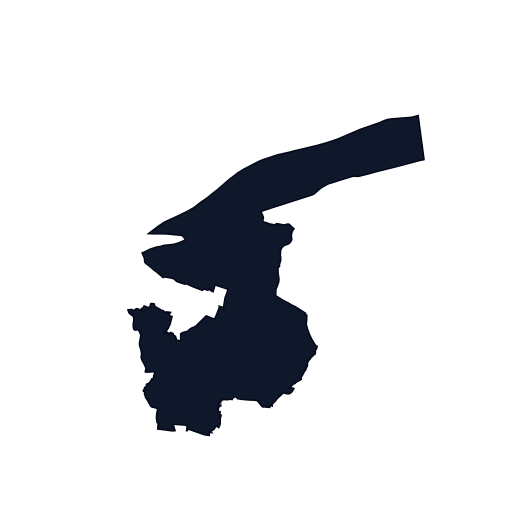 Chau Thanh, Trà Vinh, Vietnam, rotated 297°
{"feature_id": "81297802B55022771369511", "entity_name": "Chau Thanh", "entity_type": "district", "adm_level": 2, "iso_a3": "VNM", "parent_name": "Vietnam", "parent_adm1": "Trà Vinh", "projection": "mercator", "projection_center": [106.348, 9.881], "detail": "fine", "context": "isolated", "style": "filled", "palette": "ink", "viewbox_px": 512, "rotation_deg": 297, "n_neighbors": 0, "source": "geoboundaries", "source_scale": "gbopen_adm2", "svg_char_len": 6032}
<svg xmlns="http://www.w3.org/2000/svg" viewBox="0 0 512 512"><g transform="rotate(297 256 256)"><path d="M57.2,247.0L59.5,253.2L62.1,260.8L63.6,263.2L68.5,258.6L72.6,268.4L72.8,268.4L73.4,269.9L73.4,270.2L73.1,270.2L73.4,271.9L68.8,273.4L69.2,274.1L70.1,273.9L70.4,274.2L71.0,274.1L71.8,279.4L71.6,279.7L72.1,281.9L72.1,283.1L72.4,284.4L73.3,291.2L74.9,295.9L77.6,294.5L78.5,296.6L78.7,295.9L80.0,294.9L80.4,296.2L81.3,296.6L82.6,296.6L82.7,297.4L86.4,297.4L86.2,300.7L88.6,300.6L90.2,300.3L95.9,297.6L97.8,297.5L98.4,297.1L98.2,295.9L101.0,294.7L99.9,293.1L104.0,291.4L104.8,291.3L105.0,291.7L105.5,291.7L105.7,292.2L106.0,292.3L106.4,292.7L107.2,292.4L106.3,290.2L108.0,289.2L108.9,291.2L110.8,290.1L111.4,291.2L112.7,290.7L113.0,291.1L112.8,291.4L112.9,291.9L113.5,292.7L115.2,296.3L116.1,297.1L117.4,300.0L118.4,299.5L119.4,300.4L120.0,299.7L120.4,299.9L121.5,303.1L121.6,303.3L120.4,304.1L121.9,308.7L124.7,315.6L126.7,319.9L127.7,322.9L125.2,328.3L124.6,330.0L124.6,330.8L125.5,332.0L125.7,333.4L126.3,333.8L126.5,335.2L126.9,335.3L127.3,337.0L129.4,336.5L129.6,338.6L130.8,338.0L131.8,337.9L136.0,339.2L138.7,339.7L146.4,342.5L146.6,342.8L147.0,345.1L147.5,346.8L148.1,347.9L149.2,348.9L151.3,349.7L155.1,350.0L155.0,348.9L154.5,346.5L154.0,345.9L159.7,347.7L159.8,348.5L161.5,349.0L163.7,350.4L166.0,352.0L166.8,352.4L167.1,352.1L167.0,351.4L177.4,351.7L177.3,351.9L181.6,351.6L182.3,351.4L183.6,350.5L186.0,350.4L185.7,349.4L186.3,349.2L186.7,349.7L187.9,350.9L188.9,351.1L190.8,351.1L192.1,351.9L194.2,352.4L195.5,353.2L197.5,352.6L197.5,352.1L200.3,351.7L200.6,352.1L200.8,352.1L203.4,351.5L203.1,350.5L203.2,349.9L206.5,344.6L207.1,343.5L210.3,339.4L214.2,335.2L217.9,331.8L222.8,329.9L224.4,329.0L226.3,328.3L226.4,328.1L225.8,326.1L227.5,326.2L228.7,314.1L228.6,312.3L228.6,309.3L228.8,307.5L228.9,300.0L229.5,292.7L229.5,291.6L231.6,290.7L233.9,289.5L235.9,288.8L238.7,288.7L243.3,288.0L246.0,286.9L251.2,283.2L254.9,281.3L256.5,280.9L256.9,281.6L257.5,281.7L259.4,280.6L261.2,280.5L263.2,280.0L263.9,279.8L266.8,278.1L267.3,277.6L268.1,277.1L269.8,276.5L270.1,276.2L271.1,275.8L272.7,275.3L275.2,275.3L276.5,275.8L276.8,275.7L277.3,275.9L279.1,277.2L280.5,278.6L282.3,280.0L282.6,280.2L283.5,280.1L284.4,280.4L285.5,280.6L286.6,280.5L287.8,279.9L288.4,279.4L290.1,278.3L291.9,277.6L294.3,277.2L295.7,277.3L297.5,277.5L297.8,276.8L298.1,275.2L299.3,271.3L299.3,270.6L298.5,269.1L297.2,267.9L296.3,266.6L294.5,260.2L294.0,259.5L292.0,258.2L291.8,257.8L291.7,256.5L290.7,253.3L290.5,250.3L289.9,248.0L289.9,247.2L290.1,246.5L290.6,246.0L291.1,245.8L292.3,245.7L293.7,245.1L294.5,244.4L297.9,240.2L305.7,247.8L335.7,278.1L337.5,279.5L339.5,280.4L343.5,281.9L346.4,283.2L351.9,286.8L353.8,288.3L355.7,290.5L357.6,292.3L358.3,293.2L360.3,295.0L370.6,305.7L371.5,306.9L372.9,310.1L373.9,311.7L381.5,320.4L384.4,323.4L399.1,340.3L416.1,359.3L417.3,361.0L418.2,362.0L454.8,336.7L450.8,332.3L449.5,330.5L439.3,313.8L436.9,310.7L434.9,308.8L430.9,305.5L427.4,302.2L416.2,291.4L396.9,275.3L387.9,266.4L380.7,258.4L366.8,242.0L363.4,238.3L356.1,229.4L345.1,218.5L341.3,215.3L327.9,205.7L321.8,202.0L316.6,199.6L313.4,197.9L296.8,191.2L294.1,189.8L287.4,186.9L284.7,185.6L278.5,182.2L270.8,178.6L264.2,174.2L254.0,166.4L244.8,159.1L238.0,155.3L227.1,150.0L228.7,153.6L234.8,165.7L240.5,180.2L240.5,181.3L239.8,183.2L239.0,184.8L238.3,185.7L235.8,183.8L232.3,180.8L229.4,177.7L227.6,175.2L224.9,171.0L224.1,169.6L221.0,166.3L218.8,163.2L217.2,161.7L214.5,158.9L209.4,155.1L207.0,153.1L203.2,157.7L200.3,159.4L199.8,160.0L199.4,161.1L198.3,166.8L197.0,171.9L196.6,174.7L194.6,183.1L195.5,183.2L195.8,184.3L196.0,184.3L196.2,184.5L196.1,184.8L197.7,189.9L198.2,192.2L198.3,193.1L197.9,194.7L198.4,194.7L198.5,195.9L197.9,196.0L197.3,196.4L197.6,199.6L198.6,205.6L199.5,205.4L199.6,206.0L200.0,214.6L201.0,223.6L201.1,224.0L202.7,223.9L203.6,228.6L204.7,228.5L204.8,232.1L204.5,232.2L204.7,233.1L204.6,234.0L211.6,232.7L211.8,232.8L211.9,234.9L213.4,244.4L213.6,246.1L208.2,247.1L205.0,247.3L195.2,250.4L194.6,246.0L194.1,246.5L192.1,246.8L186.3,247.4L180.9,247.7L180.1,238.8L165.8,234.0L162.1,230.9L161.1,230.4L157.8,229.0L154.1,225.0L153.7,225.1L153.1,224.8L152.6,224.1L146.2,227.3L145.8,226.4L145.1,222.9L146.6,222.3L146.6,221.3L147.9,220.9L148.2,218.1L149.3,217.4L149.1,214.4L147.9,214.4L147.4,214.1L147.8,210.9L146.4,211.0L146.0,208.8L150.1,210.5L156.0,210.5L164.0,208.7L163.7,207.6L163.9,205.2L167.0,205.5L166.8,204.7L166.3,203.5L165.9,203.4L165.9,202.8L165.6,202.7L165.7,201.7L164.6,201.4L165.0,199.2L165.1,197.5L164.7,195.7L165.0,194.5L165.0,191.7L165.2,189.1L165.3,188.8L167.2,186.9L166.8,185.7L165.8,183.8L162.7,184.5L162.1,184.5L161.5,183.3L161.0,183.0L161.0,182.8L160.9,179.5L160.7,178.9L159.3,179.0L158.5,178.9L157.3,177.9L156.9,177.7L156.5,177.7L156.4,177.8L155.7,179.1L155.2,179.1L155.1,178.9L154.9,178.1L155.3,175.3L155.1,173.9L154.9,173.5L154.0,172.8L152.9,172.4L152.5,172.2L152.1,171.8L151.9,171.1L152.0,169.6L151.8,169.1L149.9,166.3L148.3,167.9L147.4,169.1L147.2,170.1L146.9,172.1L146.5,173.8L145.8,174.7L144.4,175.7L143.1,176.3L139.1,177.7L137.6,178.5L135.5,180.1L135.1,180.7L135.0,181.5L135.2,182.2L136.5,183.9L136.6,184.5L136.3,185.4L135.6,186.6L133.7,188.8L133.1,189.2L130.0,190.4L127.4,191.1L125.8,191.6L124.9,191.9L123.9,192.6L122.0,194.1L121.1,195.3L117.0,198.4L113.9,199.5L112.4,200.6L110.8,202.5L109.5,204.6L107.9,206.7L106.5,208.4L105.9,208.9L104.5,209.5L103.1,209.6L102.5,210.0L102.5,210.4L102.6,210.9L103.9,213.1L104.1,213.7L106.4,217.1L106.4,217.8L105.1,219.3L104.2,219.1L102.8,219.2L100.4,220.3L100.0,219.9L99.7,219.3L99.4,219.1L99.0,218.9L96.5,218.9L94.2,218.3L93.1,217.6L92.4,217.1L92.3,216.8L92.0,216.7L89.7,217.5L88.3,216.4L87.9,216.4L87.1,217.0L85.3,216.6L84.6,216.9L84.3,217.1L84.5,218.3L84.4,219.1L84.0,219.2L83.1,219.0L82.6,219.1L81.2,220.5L80.9,221.1L79.9,221.7L78.4,224.4L74.7,229.9L74.2,231.1L74.2,231.8L75.1,235.7L75.2,237.7L69.6,239.4L66.6,240.7L62.6,243.5L62.7,245.0L62.1,245.4L61.9,245.1L61.2,245.5L61.1,245.3L57.2,247.0Z" fill="#0f172a" stroke="#020617" stroke-width="1.5"/></g></svg>